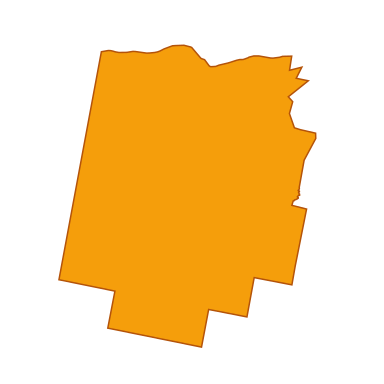 outline of Lincoln, Missouri, United States of America, rotated 280°
{"feature_id": "52423323B2117474870364", "entity_name": "Lincoln", "entity_type": "district", "adm_level": 2, "iso_a3": "USA", "parent_name": "United States of America", "parent_adm1": "Missouri", "projection": "albers", "projection_center": [-90.857, 39.049], "detail": "fine", "context": "isolated", "style": "filled", "palette": "amber", "viewbox_px": 384, "rotation_deg": 280, "n_neighbors": 0, "source": "geoboundaries", "source_scale": "gbopen_adm2", "svg_char_len": 1620}
<svg xmlns="http://www.w3.org/2000/svg" viewBox="0 0 384 384"><g transform="rotate(280 192 192)"><path d="M40.9,228.3L79.2,228.8L78.5,267.8L118.5,268.1L117.9,306.5L136.9,306.5L195.1,307.8L196.2,292.7L200.8,293.2L200.9,293.3L201.0,293.9L201.2,294.1L201.7,294.2L202.1,294.5L202.2,295.0L202.3,295.2L202.6,295.7L202.8,295.8L203.2,296.3L203.3,296.6L203.5,296.9L203.9,297.2L204.2,297.6L204.4,297.7L204.9,297.6L205.1,297.2L205.3,297.1L205.4,296.7L205.6,296.6L205.9,296.7L206.2,297.0L206.5,297.2L207.0,297.4L207.3,297.7L207.3,298.1L207.6,298.6L207.8,298.6L208.1,298.1L208.4,298.0L208.7,298.1L208.9,297.7L209.2,297.6L209.9,297.4L210.2,297.0L210.6,297.1L210.8,297.4L211.0,297.7L211.5,297.6L211.7,297.3L211.8,296.9L211.7,296.6L211.8,296.4L212.0,296.3L212.5,296.6L213.1,296.8L213.3,297.0L213.5,297.1L214.2,297.1L214.6,297.0L215.1,296.8L215.3,296.8L242.8,296.9L266.2,304.6L271.4,303.5L272.2,287.8L273.0,281.7L286.2,274.3L298.4,275.5L302.5,270.3L321.7,287.2L322.1,274.9L334.0,278.5L328.8,266.9L343.1,266.6L341.3,257.6L339.9,254.9L337.9,248.5L337.6,246.1L337.6,234.3L336.7,229.2L334.7,224.7L333.9,223.9L333.3,222.8L331.9,220.4L331.3,219.2L330.7,216.0L329.5,213.1L325.3,205.1L321.6,196.5L319.8,193.6L318.7,188.9L318.8,187.9L319.3,186.9L324.5,181.4L325.0,178.2L325.4,177.3L334.3,166.6L334.6,165.4L335.1,158.6L333.3,150.2L332.6,147.4L331.8,146.0L328.1,139.7L325.3,136.0L324.0,133.8L322.9,131.0L321.5,126.0L320.9,123.2L320.5,111.7L320.2,109.4L318.2,103.6L316.7,95.8L316.7,92.3L317.0,89.7L317.1,87.3L316.8,85.0L314.4,78.4L82.5,76.2L81.7,107.4L81.0,133.3L43.3,132.7L40.9,228.3Z" fill="#f59e0b" stroke="#b45309" stroke-width="1.5"/></g></svg>